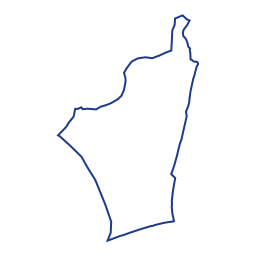 outline of Shubra Al-Khayma 1, Al Qalyubiyah, Egypt
{"feature_id": "37247803B87868406017087", "entity_name": "Shubra Al-Khayma 1", "entity_type": "district", "adm_level": 2, "iso_a3": "EGY", "parent_name": "Egypt", "parent_adm1": "Al Qalyubiyah", "projection": "mercator", "projection_center": [31.255, 30.132], "detail": "fine", "context": "isolated", "style": "outline", "palette": "blue", "viewbox_px": 256, "rotation_deg": 0, "n_neighbors": 0, "source": "geoboundaries", "source_scale": "gbopen_adm2", "svg_char_len": 1912}
<svg xmlns="http://www.w3.org/2000/svg" viewBox="0 0 256 256"><path d="M152.7,225.9L155.0,225.0L160.9,223.6L161.1,223.5L163.4,223.0L164.9,222.7L165.9,222.5L169.3,222.0L172.2,221.6L174.0,221.3L172.3,213.1L172.0,209.5L171.7,206.9L172.0,204.7L171.8,200.8L172.0,199.3L172.9,191.0L173.9,185.3L174.9,179.7L175.2,178.0L171.2,174.2L171.9,172.1L172.2,171.4L174.2,165.6L176.9,156.0L178.4,149.7L180.0,143.4L181.4,139.7L183.5,130.2L185.1,123.4L186.7,116.2L186.0,111.6L188.0,106.8L189.1,102.8L189.7,97.1L190.6,90.9L192.8,80.8L193.4,78.2L194.3,75.9L195.6,70.5L196.9,66.1L197.9,64.7L198.0,63.2L197.3,62.1L196.2,61.7L194.2,61.6L193.1,61.1L191.7,59.8L190.7,59.5L190.5,58.3L190.5,57.2L190.4,55.9L190.4,54.4L190.3,52.8L190.0,51.5L189.7,50.1L190.1,48.5L188.7,47.2L188.0,45.8L187.7,43.7L186.9,41.7L186.5,40.1L184.9,37.6L183.4,36.2L183.0,34.3L182.9,32.9L183.4,30.2L185.8,26.8L187.2,25.1L188.5,22.5L189.6,20.5L187.0,19.4L185.1,17.7L182.6,15.4L180.8,16.1L179.2,16.8L177.9,17.4L176.8,17.8L175.0,18.6L174.7,24.7L172.3,30.5L172.0,37.5L171.7,43.2L171.3,50.5L165.0,52.9L162.0,54.3L159.7,55.4L155.9,56.8L152.3,58.2L150.1,57.9L145.6,57.3L143.1,57.6L141.7,57.8L137.7,58.4L132.7,61.0L131.3,62.0L129.8,64.0L128.5,65.8L126.0,69.2L124.9,71.4L124.0,72.7L125.4,77.8L125.6,80.7L125.3,83.1L124.6,86.8L123.9,90.3L122.7,92.9L121.5,95.7L118.1,99.0L114.8,101.0L111.5,102.9L109.5,103.8L105.8,105.2L102.4,106.2L101.2,106.5L99.7,107.3L96.1,109.4L91.1,109.0L87.0,108.7L82.7,109.2L81.2,107.3L78.1,108.8L76.8,108.9L75.2,108.9L74.8,110.6L74.6,111.9L74.2,113.8L73.7,116.5L72.2,118.4L70.5,120.5L68.6,122.8L67.5,124.7L66.1,127.0L58.1,135.3L59.7,136.2L70.3,145.8L81.6,156.9L87.4,167.3L95.2,179.8L100.3,192.3L101.8,195.9L105.4,204.9L111.2,221.6L110.7,232.8L107.6,240.6L109.4,240.0L113.4,238.5L114.2,238.2L116.4,237.4L119.7,236.1L119.8,236.1L120.7,235.8L123.3,235.1L129.5,232.9L139.2,229.6L150.7,226.1L152.7,225.9Z" fill="none" stroke="#1e3a8a" stroke-width="2"/></svg>